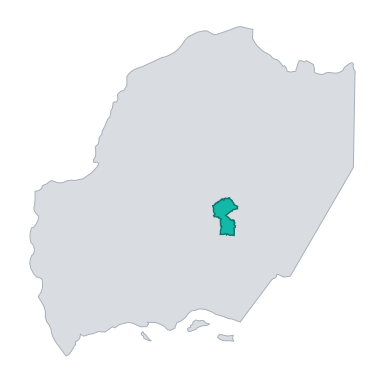 Chemba, Dodoma, United Republic of Tanzania (highlighted), rotated 91°
{"feature_id": "72390352B30961702846084", "entity_name": "Chemba", "entity_type": "district", "adm_level": 2, "iso_a3": "TZA", "parent_name": "United Republic of Tanzania", "parent_adm1": "Dodoma", "projection": "mercator", "projection_center": [35.501, -5.27], "detail": "fine", "context": "in_parent", "style": "filled", "palette": "teal", "viewbox_px": 384, "rotation_deg": 91, "n_neighbors": 0, "source": "geoboundaries", "source_scale": "gbopen_adm2", "svg_char_len": 7897}
<svg xmlns="http://www.w3.org/2000/svg" viewBox="0 0 384 384"><g transform="rotate(91 192 192)"><path d="M133.1,283.1L128.3,280.5L123.8,278.9L120.2,277.2L118.6,275.5L115.2,274.8L112.3,274.6L109.5,273.0L104.0,272.4L103.3,271.4L103.3,269.0L102.3,268.4L100.2,267.8L98.1,267.8L96.7,268.2L95.9,268.0L94.1,266.6L92.4,264.9L91.8,262.1L89.2,260.3L86.3,258.9L78.1,259.1L76.8,258.6L74.9,257.2L72.6,254.9L70.8,252.2L69.2,248.6L67.5,243.8L58.1,224.4L57.2,220.7L55.4,216.6L52.4,211.7L49.2,208.0L44.9,204.6L40.0,201.3L37.3,199.0L32.3,189.9L31.3,185.7L30.5,181.2L30.8,179.5L34.0,173.8L34.3,172.2L33.9,170.0L32.4,165.5L30.4,160.0L26.4,150.0L25.8,147.5L25.9,145.6L28.2,135.4L28.2,134.0L37.6,134.2L44.4,129.8L50.4,123.1L51.6,120.4L54.0,116.1L56.4,114.0L57.3,112.5L58.7,108.3L61.8,105.4L64.9,103.2L64.2,101.7L64.7,101.1L66.4,99.9L69.6,98.9L70.2,96.7L70.2,94.2L69.7,92.8L69.8,91.2L69.3,90.2L67.2,90.0L64.0,88.8L61.4,88.2L59.6,87.5L58.9,87.0L58.7,85.4L60.1,81.6L58.7,80.0L61.9,73.6L62.5,72.8L63.7,72.7L65.6,72.0L67.3,71.7L68.8,71.9L69.8,71.7L70.7,70.9L71.5,68.8L72.2,65.1L71.8,62.2L70.4,59.9L70.1,56.4L70.7,51.7L70.3,47.8L68.8,44.7L67.2,42.8L64.9,42.0L61.2,37.2L60.0,34.9L60.2,33.5L61.5,32.9L63.9,33.1L66.1,32.5L68.1,31.2L70.2,30.8L71.2,31.1L164.7,31.1L274.1,92.1L274.5,92.8L275.4,98.1L275.2,99.8L273.5,102.9L273.0,104.5L273.0,105.6L273.4,106.0L274.8,106.1L276.1,106.9L276.5,107.4L277.4,109.7L278.6,110.9L320.2,140.9L321.1,141.3L320.5,143.8L318.2,149.9L318.1,152.5L317.1,155.5L316.2,157.5L313.9,166.1L311.9,169.3L309.1,176.8L308.7,182.6L310.2,186.6L310.8,190.4L314.0,194.1L316.5,195.5L318.3,197.2L321.3,201.1L323.1,205.0L328.6,206.9L330.8,211.2L330.0,214.2L327.4,216.7L325.0,220.8L323.1,226.1L323.1,234.2L324.4,233.0L327.3,235.0L327.7,241.0L324.7,247.9L323.7,251.2L323.6,254.0L325.8,262.3L329.1,266.6L328.8,267.9L328.0,269.0L333.6,276.6L333.2,283.1L335.3,288.3L336.2,292.7L337.6,296.1L337.9,298.4L336.1,301.0L340.3,301.7L342.7,303.8L343.9,305.9L346.8,305.8L348.5,307.2L350.8,308.3L355.9,311.7L357.3,313.5L358.2,315.1L344.0,325.9L338.9,328.7L335.2,330.0L331.3,330.7L327.6,332.4L324.1,335.1L319.6,336.4L314.1,336.4L308.4,338.3L299.3,343.9L294.1,340.8L289.9,339.8L285.2,339.9L282.3,340.3L281.3,341.0L280.4,342.9L279.6,346.0L276.5,349.0L271.0,351.9L266.0,353.0L261.4,352.3L258.2,351.1L256.6,349.4L254.2,348.6L251.0,348.7L248.0,349.9L245.1,352.2L240.5,353.2L234.1,352.9L230.7,351.8L230.2,349.9L227.5,347.7L222.4,345.2L218.6,345.1L216.2,347.5L214.0,349.1L212.0,349.7L210.2,349.8L207.7,349.1L200.6,348.8L194.0,348.9L193.3,345.5L191.9,343.3L190.7,342.1L188.4,341.8L187.8,340.8L187.0,338.6L185.9,336.8L184.4,335.2L183.5,333.8L183.2,332.5L183.4,331.1L184.8,327.5L185.2,325.1L185.1,322.6L184.3,320.0L182.8,316.9L182.9,316.1L182.4,314.0L182.3,312.5L182.6,310.7L182.3,308.3L181.0,303.2L181.0,301.9L179.5,299.5L175.1,293.6L174.9,292.9L168.0,287.0L165.2,285.7L164.2,286.8L163.8,287.9L164.1,289.7L164.0,290.7L163.7,291.1L162.0,291.0L161.0,290.8L158.4,289.2L156.3,288.9L151.2,289.1L149.5,289.5L148.1,289.2L145.4,286.5L142.2,285.9L139.4,285.8L134.7,282.7L133.1,283.1ZM329.3,185.7L331.6,192.1L331.3,193.3L329.7,194.0L328.9,194.1L327.9,193.1L327.1,190.9L325.9,191.4L323.8,188.9L321.8,188.7L319.9,185.7L320.7,183.0L320.2,178.4L322.5,176.1L323.7,172.2L325.2,174.8L325.5,179.0L327.4,184.0L329.3,185.7ZM340.3,147.7L340.5,149.2L340.0,150.6L340.1,155.2L340.0,158.2L338.3,162.3L336.9,163.8L335.6,163.4L334.6,162.7L333.8,161.6L335.4,153.9L334.6,148.3L337.8,148.9L340.3,147.7ZM335.7,239.9L334.1,240.3L333.5,239.9L332.5,238.7L334.2,237.6L335.9,235.5L339.8,232.5L341.6,230.0L341.3,232.4L339.1,237.6L337.2,238.0L335.7,239.9Z" fill="#d9dde1" stroke="#a8b0b8" stroke-width="1"/><path d="M216.3,169.4L216.1,168.9L216.0,168.6L216.0,168.4L216.2,168.0L216.4,167.2L216.5,166.6L216.5,166.2L216.5,165.9L216.6,165.5L216.5,165.4L216.5,165.1L216.6,164.9L217.4,164.9L217.6,164.8L218.0,164.1L218.2,163.2L218.3,163.0L218.5,162.7L218.7,162.3L218.8,162.3L219.0,162.4L219.2,162.5L219.7,162.8L220.2,163.0L220.3,163.1L220.5,163.2L220.9,163.1L221.3,163.0L221.5,162.9L221.9,162.8L222.3,162.9L223.0,162.9L223.3,162.9L224.2,162.8L224.5,162.9L224.8,162.3L224.9,162.2L225.0,162.1L225.5,162.0L225.6,161.9L225.8,161.8L226.0,161.8L226.2,161.7L226.3,161.7L226.3,161.8L226.4,161.7L226.6,161.8L226.8,162.0L227.0,162.1L227.3,162.1L227.7,162.1L229.2,162.5L229.6,162.7L230.3,162.8L230.7,162.8L231.3,162.8L231.8,162.8L232.1,162.8L232.3,162.8L233.5,162.9L233.9,163.0L233.8,161.4L233.8,160.4L233.8,159.5L233.2,157.8L233.2,157.4L233.3,157.2L234.0,156.7L233.2,156.5L233.1,156.4L233.3,155.9L233.5,155.7L233.9,155.2L234.2,154.2L234.5,153.4L234.6,153.1L234.6,152.9L234.5,152.1L234.4,151.3L234.3,150.8L234.4,150.5L234.6,150.2L234.6,149.9L234.7,149.2L233.6,149.1L233.0,149.2L232.8,149.1L232.0,149.1L231.1,149.1L230.7,149.1L230.1,149.2L229.9,149.1L229.4,149.1L229.1,149.1L228.9,149.3L228.4,149.3L228.0,149.4L227.6,149.6L227.3,149.1L226.9,148.7L226.7,148.2L226.4,148.2L225.4,148.2L225.1,148.1L225.0,148.3L224.9,148.4L224.2,149.1L223.8,149.1L223.7,149.1L223.5,149.3L223.4,149.4L223.2,149.3L223.1,149.1L222.6,148.8L222.4,148.7L222.1,148.7L221.6,148.9L221.4,149.1L221.0,149.5L220.4,149.2L220.1,149.3L219.8,149.4L219.7,149.6L219.4,149.9L219.2,150.4L219.2,150.5L219.4,150.4L219.7,150.4L220.0,150.4L220.0,150.8L219.4,152.4L219.2,152.4L219.1,152.5L218.9,153.0L219.0,153.0L218.6,153.4L218.0,153.9L217.7,154.4L217.5,154.5L216.7,155.4L216.6,155.5L216.4,155.7L216.1,156.1L215.9,156.4L215.7,156.7L215.5,156.9L214.8,157.9L214.1,157.1L213.9,156.8L213.3,156.0L213.0,155.6L212.2,154.7L211.9,154.2L211.7,154.0L211.4,153.7L211.0,153.3L211.0,153.2L210.8,152.9L210.6,152.7L210.4,152.5L210.6,151.8L210.4,151.6L210.1,151.5L209.9,151.3L209.7,151.2L209.2,151.0L209.0,150.7L208.9,150.6L208.9,150.2L208.7,149.4L208.6,149.0L208.6,148.8L208.1,147.4L208.0,146.5L208.0,146.4L207.7,146.5L207.4,146.5L207.2,146.3L206.9,146.4L206.7,146.4L206.4,146.5L206.3,146.4L205.9,146.2L205.6,146.2L205.6,146.3L205.1,147.5L204.7,148.3L204.3,149.0L203.5,149.9L203.3,149.9L202.8,150.1L202.7,150.1L202.3,150.5L202.0,150.5L201.7,150.8L201.1,151.3L200.8,151.7L200.7,151.7L200.2,151.6L199.8,151.9L199.6,152.2L199.5,152.4L199.4,152.5L199.2,152.7L199.1,153.0L198.9,153.3L198.8,153.5L198.7,153.7L198.5,153.8L198.1,154.0L197.4,154.3L197.1,154.5L197.2,154.8L197.2,155.0L197.3,155.2L197.3,155.3L197.5,155.5L197.8,155.6L197.9,155.8L197.9,156.0L197.8,156.3L197.9,156.5L198.0,157.0L197.9,157.2L198.0,157.5L197.9,157.6L197.8,157.9L197.8,158.1L197.9,158.5L197.9,158.8L198.0,158.9L198.1,159.0L198.3,159.2L198.2,159.2L198.3,159.3L198.5,159.5L198.4,159.6L198.5,159.7L198.4,159.7L198.5,159.7L198.4,159.8L198.5,159.9L198.5,160.0L198.6,160.3L198.7,160.5L198.8,160.5L199.0,160.7L198.9,160.8L199.0,160.8L198.9,160.9L198.9,161.0L198.9,161.3L199.0,161.4L198.9,161.5L199.0,161.7L198.9,161.9L199.0,161.9L199.1,162.0L199.2,162.3L199.3,162.4L199.2,162.5L199.3,162.7L199.3,162.8L199.5,162.9L199.7,163.1L199.8,163.2L199.8,163.3L199.7,163.3L199.8,163.4L199.7,163.4L199.7,163.5L199.8,163.6L200.0,163.7L200.2,163.8L200.3,163.9L200.2,163.9L200.3,163.9L200.4,164.0L200.6,164.1L200.7,164.3L200.8,164.4L200.8,164.5L201.0,164.7L201.0,164.8L201.1,165.0L201.1,165.3L201.1,165.5L201.2,165.8L201.3,165.9L201.3,166.0L201.5,166.2L201.7,166.3L201.8,166.4L201.9,166.5L202.0,166.4L202.0,166.5L202.3,166.6L202.4,166.8L202.5,166.8L202.5,167.1L202.7,167.3L202.6,167.5L202.6,167.8L202.7,168.0L202.9,168.2L203.2,168.6L203.5,168.6L203.9,168.7L204.2,169.1L204.4,169.2L204.6,169.4L205.0,169.9L205.2,170.2L205.4,170.3L205.6,170.5L205.8,170.6L205.7,170.6L205.4,170.8L205.4,171.0L205.5,171.0L205.6,170.9L206.0,170.8L206.4,170.6L206.8,170.5L207.1,170.4L207.4,170.3L207.6,170.2L208.2,170.0L208.5,170.0L209.0,170.1L209.3,170.3L209.9,170.2L210.1,170.2L210.6,170.1L210.9,170.0L211.8,169.8L212.7,169.2L213.0,168.9L213.5,168.6L213.8,168.7L214.1,168.9L214.4,169.2L214.8,169.7L215.1,169.9L215.3,169.8L215.7,169.5L215.8,169.5L216.1,169.5L216.3,169.4Z" fill="#14b8a6" stroke="#0f766e" stroke-width="1.5"/></g></svg>